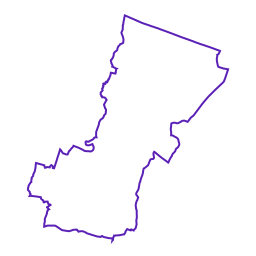 Bang Bo, Samut Prakan, Thailand
{"feature_id": "78962969B88692242384139", "entity_name": "Bang Bo", "entity_type": "district", "adm_level": 2, "iso_a3": "THA", "parent_name": "Thailand", "parent_adm1": "Samut Prakan", "projection": "albers", "projection_center": [100.852, 13.588], "detail": "fine", "context": "isolated", "style": "outline", "palette": "violet", "viewbox_px": 256, "rotation_deg": 0, "n_neighbors": 0, "source": "geoboundaries", "source_scale": "gbopen_adm2", "svg_char_len": 5768}
<svg xmlns="http://www.w3.org/2000/svg" viewBox="0 0 256 256"><path d="M201.7,44.5L195.8,42.4L193.5,41.5L193.0,41.2L192.5,41.1L187.8,39.4L181.8,37.3L166.5,31.5L160.9,29.5L157.6,28.2L155.3,27.5L153.2,26.7L151.0,26.1L149.3,25.4L144.5,23.8L141.5,22.7L125.1,15.5L124.8,15.4L123.4,22.6L123.3,24.2L122.7,25.4L122.9,26.7L122.7,28.1L122.8,29.3L121.4,32.7L121.6,33.5L122.6,35.9L123.4,38.8L123.5,39.8L123.2,42.7L123.0,43.0L122.1,43.5L121.4,43.8L120.3,44.0L119.7,45.1L118.3,46.3L118.2,46.8L117.6,48.0L117.2,49.9L117.0,50.3L116.4,50.9L115.2,51.6L114.2,52.8L113.8,53.6L113.6,55.7L112.8,57.9L112.1,58.6L111.8,59.5L111.1,59.8L110.9,60.5L110.9,61.3L111.3,62.3L111.4,63.3L112.3,64.8L112.5,65.4L112.5,65.8L112.2,66.6L113.1,66.9L115.7,68.4L116.6,68.7L116.2,69.0L115.7,72.2L115.8,72.5L115.4,73.6L110.9,72.7L110.6,74.0L110.6,74.6L110.0,76.3L108.8,79.3L108.4,79.3L108.0,80.2L108.1,80.3L107.3,82.1L106.4,81.7L106.2,82.2L105.6,82.2L105.5,82.4L105.6,83.1L105.6,83.5L104.9,84.2L104.4,84.2L104.1,83.6L103.6,83.5L103.2,83.8L103.6,84.6L103.1,85.7L103.0,86.0L103.4,86.4L103.4,86.6L103.0,87.2L102.9,87.9L102.3,88.3L102.1,88.8L102.1,89.0L102.4,89.6L102.6,90.5L102.0,91.1L101.6,91.6L100.9,92.3L100.7,92.7L100.7,93.3L100.7,94.5L100.9,94.8L101.3,95.4L101.4,96.1L102.0,96.3L102.0,96.9L102.2,97.3L102.6,97.2L103.4,97.3L104.2,97.4L104.6,97.6L105.3,98.0L105.5,98.5L105.9,98.8L106.1,99.1L106.4,99.5L106.6,100.0L106.1,100.7L104.4,103.9L104.1,104.4L104.0,104.8L104.2,105.6L104.8,106.9L105.0,108.1L105.8,109.2L106.0,109.6L106.0,110.6L105.8,111.7L105.8,112.8L105.7,113.4L105.3,114.2L104.5,114.8L104.3,115.0L103.2,117.7L102.6,118.3L100.6,119.7L99.6,121.5L99.3,122.0L99.0,123.3L98.8,124.7L96.2,131.8L96.1,135.3L96.2,136.4L96.5,137.3L95.6,137.3L94.4,137.6L93.8,138.2L93.4,139.0L92.7,139.5L90.2,140.8L89.6,141.0L89.2,141.4L88.8,141.7L88.1,141.8L87.4,141.6L86.7,141.3L86.3,141.3L85.9,141.5L85.7,141.8L85.6,142.0L85.6,142.8L85.8,144.2L86.2,144.8L86.7,145.1L87.7,145.3L88.8,145.3L90.4,144.9L92.4,144.1L93.7,147.1L93.7,147.8L93.5,149.2L93.2,149.8L92.9,150.2L91.6,151.2L91.1,151.4L89.7,151.4L88.8,151.2L86.9,151.2L85.0,151.0L84.0,150.6L83.0,149.9L78.7,147.8L73.5,145.8L73.3,146.4L72.5,147.4L71.2,148.7L69.9,150.4L69.2,150.9L68.7,151.8L68.2,153.1L67.5,154.5L66.0,154.4L64.1,153.6L63.2,153.5L62.8,153.1L60.7,150.0L60.1,149.4L58.8,153.7L57.3,158.2L56.8,160.0L54.1,168.3L52.8,168.0L52.7,166.2L51.8,165.4L51.4,165.1L51.1,165.2L50.8,165.6L50.1,166.3L49.7,167.4L46.9,167.0L46.3,167.5L45.7,167.7L44.9,167.7L44.8,167.1L44.3,166.0L44.3,165.3L36.0,163.0L35.7,165.0L35.5,167.6L34.9,170.9L34.1,172.8L33.3,174.3L33.2,174.9L33.2,175.6L33.2,175.8L31.7,177.7L31.7,178.3L31.5,178.9L31.6,179.4L31.2,181.1L31.3,182.1L30.5,182.6L30.0,183.5L29.3,184.4L28.7,185.6L28.5,186.0L28.5,186.6L28.2,187.2L28.1,188.4L27.9,189.0L27.9,189.9L29.6,191.7L29.8,192.0L29.7,193.0L30.3,193.9L30.6,194.1L30.3,194.8L29.7,195.9L30.3,195.8L36.4,196.5L40.8,197.2L40.9,198.1L41.4,199.2L43.3,200.5L43.5,200.7L43.5,201.1L43.4,201.8L43.7,202.3L44.0,202.3L44.3,202.3L45.9,201.6L47.6,201.6L48.1,203.2L48.5,204.2L48.7,204.4L49.3,204.3L49.7,204.5L50.2,204.5L50.6,204.9L50.6,205.0L49.3,205.7L48.3,206.5L47.4,206.9L47.0,207.2L47.0,207.3L49.0,209.3L48.5,209.5L48.2,209.9L47.8,210.1L47.4,210.9L47.4,211.5L47.0,212.1L47.0,213.2L46.8,213.5L46.7,214.2L44.8,218.9L44.8,219.9L44.8,220.6L44.9,220.8L44.6,222.6L44.3,223.5L44.2,226.7L47.5,225.6L54.6,225.6L55.2,225.7L56.2,226.2L61.5,229.8L62.5,230.2L68.6,231.2L69.5,231.1L72.0,230.3L73.3,229.8L76.8,229.6L77.1,229.8L77.2,230.3L77.7,230.6L78.5,231.7L78.9,231.6L79.6,231.3L81.3,231.2L82.1,231.2L83.5,231.5L85.6,232.4L86.9,233.3L97.2,236.5L100.7,236.9L101.2,236.6L101.7,236.1L101.9,236.0L102.3,236.1L103.5,236.9L104.0,237.1L106.6,237.6L109.2,238.2L111.3,238.3L112.0,238.5L112.5,239.2L112.6,239.5L112.4,240.6L113.0,239.9L113.1,239.1L113.2,237.7L113.5,237.3L113.6,236.6L114.0,236.2L114.1,235.6L114.7,235.7L114.9,235.6L115.5,235.6L115.8,235.4L117.5,235.4L120.5,235.1L121.9,234.7L123.2,234.4L124.0,234.5L124.2,234.3L125.3,232.7L125.5,231.6L125.6,231.3L127.2,229.1L129.1,229.9L129.6,230.0L130.7,230.4L130.8,230.4L131.0,229.5L131.1,229.4L133.7,230.5L134.0,229.7L135.4,228.5L135.6,228.2L136.3,225.7L136.6,224.2L136.3,220.7L136.4,219.8L136.8,217.9L136.8,216.7L136.7,211.8L136.7,210.5L136.1,208.7L135.7,205.3L135.9,203.8L136.4,201.9L136.7,201.0L137.5,199.6L137.8,198.4L138.1,197.6L138.2,197.3L137.9,196.8L136.5,195.0L136.2,194.4L136.2,193.7L136.6,192.5L138.1,190.1L138.7,188.3L139.6,182.9L140.4,181.1L140.4,180.6L140.8,179.3L141.5,177.2L142.3,175.2L143.0,172.6L143.1,171.0L143.4,170.0L143.5,169.2L143.6,168.7L144.0,168.3L145.0,167.8L146.3,166.7L148.1,165.2L148.3,164.8L149.6,161.3L150.2,159.9L150.5,159.5L150.8,159.3L151.3,159.1L153.0,159.0L153.4,158.8L153.7,158.5L153.9,158.1L154.0,157.4L153.5,154.6L153.5,153.2L153.7,152.6L154.2,151.8L154.7,152.1L161.4,157.6L165.9,160.8L168.2,162.6L168.6,162.0L169.5,159.8L170.1,158.8L170.6,157.7L171.8,156.1L172.2,154.8L172.4,154.3L173.2,153.3L174.0,152.6L175.2,151.2L175.9,149.1L176.4,148.5L177.7,147.5L178.1,147.1L179.1,145.2L179.3,144.4L179.2,143.3L178.6,141.3L178.3,139.8L178.1,139.3L177.6,138.5L176.7,137.7L174.6,136.6L172.9,135.6L172.1,135.3L171.1,135.3L171.2,132.6L171.2,132.0L170.8,130.1L170.8,128.7L171.2,125.3L171.3,123.5L172.7,122.9L174.2,122.7L175.3,122.8L176.8,123.2L177.4,123.3L178.0,123.2L178.5,123.0L180.9,121.7L182.1,120.9L183.2,120.7L184.6,120.7L185.9,121.1L187.3,121.8L187.7,121.8L190.8,117.7L193.4,115.6L193.8,115.2L201.8,104.5L204.2,101.5L207.9,97.2L209.0,96.0L215.8,89.3L223.0,82.5L223.7,81.7L224.0,81.2L225.2,78.1L228.1,69.3L223.0,68.4L218.5,66.9L218.3,66.8L218.2,66.6L217.7,65.0L216.9,61.0L216.8,59.6L216.8,58.5L217.3,56.0L217.3,55.4L217.2,54.8L218.1,54.4L218.5,54.0L219.2,52.9L220.0,50.9L209.6,47.1L205.4,45.7L203.2,44.9L201.7,44.5Z" fill="none" stroke="#5b21b6" stroke-width="2"/></svg>